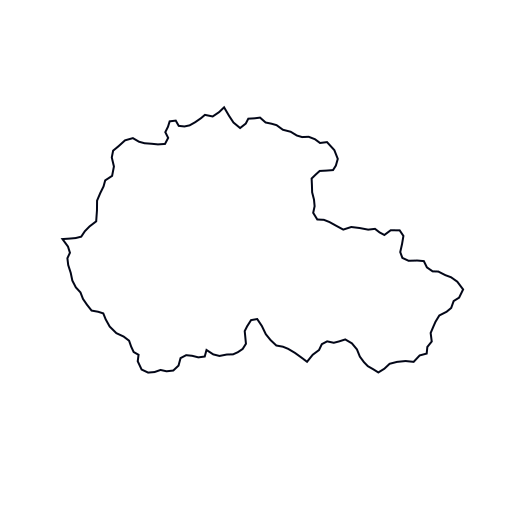 the district of Serranos, Minas Gerais, Brazil, rotated 158°
{"feature_id": "56859067B45065614080089", "entity_name": "Serranos", "entity_type": "district", "adm_level": 2, "iso_a3": "BRA", "parent_name": "Brazil", "parent_adm1": "Minas Gerais", "projection": "robinson", "projection_center": [-44.543, -21.828], "detail": "fine", "context": "isolated", "style": "outline", "palette": "ink", "viewbox_px": 512, "rotation_deg": 158, "n_neighbors": 0, "source": "geoboundaries", "source_scale": "gbopen_adm2", "svg_char_len": 2364}
<svg xmlns="http://www.w3.org/2000/svg" viewBox="0 0 512 512"><g transform="rotate(158 256 256)"><path d="M229.9,405.8L236.4,403.2L243.9,401.6L250.5,406.0L255.3,404.4L262.4,402.8L268.6,402.0L273.8,402.9L278.9,405.6L279.7,411.6L285.6,413.2L289.2,408.8L293.7,404.8L293.2,398.4L298.4,394.0L305.1,396.2L310.8,399.2L317.1,402.3L321.7,405.8L326.0,411.4L334.1,412.3L342.0,409.4L349.0,407.2L352.8,401.4L354.2,392.2L359.4,384.2L367.5,382.6L371.3,377.6L376.7,372.8L382.6,366.9L386.4,357.8L391.2,348.0L399.2,345.8L405.4,343.1L410.8,339.4L416.5,340.2L422.4,342.0L429.1,344.2L426.8,335.2L427.3,328.7L431.7,324.6L433.5,318.0L434.1,309.8L435.5,302.0L434.8,294.4L432.4,288.0L432.5,281.0L431.0,274.2L428.9,267.0L423.2,263.4L419.1,260.0L419.1,253.6L418.1,245.4L414.4,236.8L408.9,230.9L405.4,225.0L405.7,218.8L405.4,212.8L401.9,208.4L405.1,202.7L404.6,193.6L399.7,188.3L393.5,186.4L387.2,186.1L382.1,182.6L375.6,180.8L368.9,183.4L364.2,189.6L357.9,190.2L352.6,187.4L347.4,183.6L341.2,182.0L337.1,187.4L332.5,180.8L327.3,177.0L320.0,175.6L314.1,173.4L308.9,173.6L303.2,174.8L298.2,178.4L296.3,184.8L294.6,190.6L290.5,194.2L284.6,198.4L278.5,197.1L276.8,188.9L276.2,179.8L274.0,172.6L270.7,165.4L265.0,161.8L261.0,157.9L256.2,151.6L252.1,145.1L248.3,138.8L240.4,143.2L232.8,145.2L228.0,149.6L222.0,150.2L216.4,146.4L211.1,145.7L204.5,145.2L199.8,139.1L197.4,131.6L197.4,123.8L195.7,117.2L193.6,112.0L189.6,106.9L186.2,102.2L179.2,103.4L172.5,106.0L164.9,105.0L156.7,102.6L149.5,98.8L141.5,102.5L134.3,101.6L131.2,107.5L125.1,110.9L122.9,119.2L118.0,124.1L114.2,127.8L108.3,132.2L100.2,132.9L94.5,134.7L89.6,140.2L83.3,141.3L76.5,147.4L79.0,156.8L83.1,163.2L87.6,167.3L92.8,173.3L98.0,175.6L101.8,181.4L102.3,188.4L108.2,191.4L116.3,194.4L121.0,199.4L120.8,205.6L116.1,212.4L111.8,219.4L113.2,226.0L121.5,229.4L129.1,227.4L132.6,231.6L135.5,236.6L142.1,238.4L149.4,243.1L156.8,247.2L165.2,247.8L170.5,254.2L175.2,260.0L179.5,264.1L185.5,266.9L186.8,274.6L183.0,280.2L181.1,286.6L180.1,294.0L177.7,300.5L175.4,307.0L170.0,309.2L165.1,311.0L158.7,308.8L152.4,306.8L148.1,309.9L143.8,315.4L143.7,324.8L147.5,335.0L154.3,336.8L157.6,342.2L162.5,346.8L168.7,349.0L173.0,352.4L177.3,358.2L183.8,363.0L187.9,369.6L192.0,372.8L197.1,376.2L200.4,382.8L205.8,384.2L211.7,386.2L215.9,382.6L222.8,380.6L226.9,388.2L228.5,396.2L229.9,405.8Z" fill="none" stroke="#020617" stroke-width="2"/></g></svg>